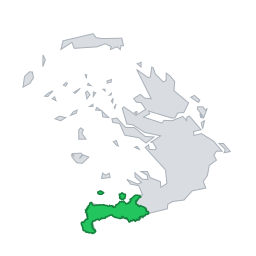 Anatolikis Makedonias kai Thr*, Anatoliki Makedonia kai Thraki, Greece shown in context, rotated 171°
{"feature_id": "26713481B84884565940454", "entity_name": "Anatolikis Makedonias kai Thr*", "entity_type": "district", "adm_level": 2, "iso_a3": "GRC", "parent_name": "Greece", "parent_adm1": "Anatoliki Makedonia kai Thraki", "projection": "mercator", "projection_center": [25.319, 41.071], "detail": "fine", "context": "in_parent", "style": "filled", "palette": "green", "viewbox_px": 256, "rotation_deg": 171, "n_neighbors": 0, "source": "geoboundaries", "source_scale": "gbopen_adm2", "svg_char_len": 9090}
<svg xmlns="http://www.w3.org/2000/svg" viewBox="0 0 256 256"><g transform="rotate(171 128 128)"><path d="M176.7,30.7L187.9,33.9L188.9,39.9L182.2,44.8L182.8,52.1L177.2,59.5L154.4,52.2L147.4,56.3L140.2,53.6L131.2,60.3L124.0,59.6L126.4,69.4L134.2,72.1L137.2,77.4L127.4,71.2L123.2,72.0L128.6,78.4L128.2,82.8L121.8,75.2L116.4,74.0L116.5,78.4L122.0,83.0L115.7,82.1L113.8,75.4L104.4,70.0L104.9,64.3L98.3,67.1L97.5,80.7L114.1,106.1L110.2,108.2L110.4,103.7L104.9,102.2L103.1,103.6L104.1,106.2L105.9,110.3L108.2,110.1L96.9,115.1L112.4,121.1L122.2,130.0L128.6,132.3L130.6,148.5L128.7,149.5L118.1,139.2L107.5,143.7L111.2,151.1L115.7,152.2L117.8,156.2L110.4,159.3L107.0,155.0L100.5,153.3L110.3,184.4L100.3,174.6L97.8,175.0L95.1,184.4L93.7,183.6L92.6,177.2L85.9,167.9L83.0,169.0L81.6,176.2L78.1,172.6L74.6,166.5L76.8,157.7L64.2,143.3L70.5,134.5L76.3,135.1L80.1,130.7L83.0,130.9L104.9,141.4L104.3,138.7L110.9,136.3L93.6,127.5L91.3,129.9L83.2,128.3L72.1,130.9L68.9,126.1L68.2,129.4L65.5,130.2L56.1,114.9L63.9,114.2L64.0,110.3L56.4,111.0L45.5,101.6L38.7,90.4L44.3,91.3L47.4,87.7L45.7,82.4L53.6,78.3L57.0,68.6L62.1,63.3L60.5,56.5L74.4,55.9L83.9,48.1L95.2,48.4L100.5,46.6L101.8,42.0L121.1,40.4L130.7,36.1L141.1,35.3L146.9,41.3L157.7,44.7L173.0,42.6L177.8,40.4L176.7,30.7ZM126.0,209.9L133.1,208.3L131.9,211.1L137.4,214.8L145.7,213.0L168.6,215.1L170.0,221.4L182.0,216.1L178.5,224.3L147.5,226.6L145.5,222.3L139.9,220.4L120.1,217.7L119.6,210.0L122.0,210.5L123.4,206.6L126.0,209.9ZM112.6,110.3L118.6,116.6L132.3,121.4L135.6,133.8L142.2,135.9L142.5,139.6L137.5,139.6L130.3,128.9L121.5,127.4L112.4,117.0L103.8,115.0L112.6,110.3ZM184.0,101.6L187.8,108.0L188.0,110.3L185.8,109.0L187.1,111.4L178.4,110.5L177.2,108.8L180.9,105.4L176.4,108.4L171.2,105.4L178.5,100.3L184.0,101.6ZM216.5,198.9L213.6,198.2L213.6,192.2L218.1,187.3L225.3,184.8L222.1,195.1L216.5,198.9ZM176.9,133.9L174.7,135.5L172.3,133.2L174.5,130.0L171.2,123.6L178.4,124.6L176.9,133.9ZM51.5,126.5L56.6,136.1L55.9,138.1L50.6,137.1L48.9,133.4L46.7,135.0L51.5,126.5ZM40.5,98.5L36.1,97.7L30.7,88.7L37.0,88.5L35.2,91.6L40.5,98.5ZM162.0,82.3L160.1,87.5L157.7,85.0L153.5,86.2L153.4,81.8L162.0,82.3ZM193.4,145.6L198.6,148.5L193.9,150.4L187.9,148.1L193.4,145.6ZM146.9,63.5L144.0,64.6L141.1,61.4L145.7,58.4L146.9,63.5ZM54.4,142.2L61.2,148.6L57.2,149.8L52.7,144.3L54.4,142.2ZM164.4,169.7L162.4,170.8L160.3,166.8L164.0,163.2L164.4,169.7ZM151.1,142.9L151.2,149.0L145.3,141.3L151.1,142.9ZM202.5,202.0L200.5,213.5L199.0,208.2L202.5,202.0ZM54.9,121.7L51.3,123.3L54.4,115.7L54.9,121.7ZM108.9,190.0L104.7,190.8L105.6,186.2L108.9,190.0ZM196.3,176.5L202.3,171.6L205.4,172.5L200.8,175.1L196.3,176.5ZM175.4,153.7L176.7,150.7L182.7,149.5L179.4,152.6L175.4,153.7ZM157.4,164.5L156.6,169.0L154.4,167.8L157.4,164.5ZM157.2,150.8L155.6,153.2L152.0,149.5L157.2,150.8ZM144.7,116.8L141.6,117.4L140.4,111.8L142.2,112.9L144.7,116.8ZM167.6,69.2L165.0,69.9L162.2,67.5L164.9,66.5L167.6,69.2ZM141.5,175.5L141.4,177.7L136.8,178.5L137.5,176.0L141.5,175.5ZM176.2,171.5L168.9,174.7L174.7,170.5L176.2,171.5ZM138.5,150.3L135.9,153.7L138.0,149.3L138.5,150.3ZM162.6,155.3L159.0,157.0L159.1,154.8L162.6,155.3ZM185.2,180.5L182.2,182.6L180.8,181.6L183.1,179.0L185.2,180.5ZM198.3,168.7L195.6,170.3L194.9,166.3L198.3,168.7ZM140.3,157.1L138.0,159.8L139.2,155.2L140.3,157.1ZM54.6,127.2L54.8,131.0L52.8,126.3L54.6,127.2ZM161.3,176.8L160.3,178.4L157.9,175.6L161.3,176.8ZM124.4,107.9L121.8,108.4L120.2,105.1L124.4,107.9ZM119.2,142.3L117.3,143.0L116.2,142.2L117.7,140.4L119.2,142.3ZM141.4,163.3L139.0,165.0L139.4,163.4L141.4,163.3ZM161.3,183.6L161.9,187.4L160.5,186.9L161.3,183.6ZM146.7,170.2L144.7,169.9L144.8,168.1L146.7,170.2Z" fill="#d9dde1" stroke="#a8b0b8" stroke-width="1"/><path d="M126.4,58.6L127.4,59.3L128.9,60.0L130.5,60.4L131.3,60.4L132.7,59.8L133.8,58.9L135.8,57.7L137.0,57.3L136.9,57.1L136.5,57.3L136.3,57.1L136.4,56.6L136.6,56.5L136.9,56.6L137.0,56.3L136.9,56.2L136.5,56.0L136.6,55.7L136.9,55.5L137.2,55.0L138.0,54.7L138.3,54.0L138.7,54.0L138.8,54.1L139.1,53.7L139.9,53.7L140.1,53.5L140.9,53.3L141.9,53.4L142.2,54.2L142.6,54.8L143.2,55.4L143.6,56.3L144.5,55.8L145.2,56.0L145.3,56.3L145.0,56.3L145.6,56.5L146.7,56.2L147.5,56.6L148.1,55.9L149.3,54.7L150.7,54.1L151.3,54.0L151.8,54.1L152.0,53.3L152.1,53.1L153.4,52.0L154.2,51.8L155.0,52.0L155.2,52.7L154.9,53.1L155.0,53.3L155.8,53.5L156.0,53.8L156.9,53.8L157.7,53.9L158.1,54.3L158.2,54.0L158.5,54.0L158.8,53.7L159.7,53.8L160.2,53.9L160.7,54.7L162.4,55.1L163.6,55.6L163.6,55.8L164.6,56.2L165.4,55.9L168.1,56.6L170.5,56.5L172.0,56.8L172.7,56.6L173.7,56.8L174.2,57.1L174.7,57.6L174.9,58.2L175.3,58.2L175.6,59.0L175.5,59.4L175.5,59.6L175.4,59.9L175.5,60.1L176.5,60.2L177.6,59.7L177.7,59.4L177.6,58.8L178.2,57.8L179.3,57.3L179.4,57.1L179.7,56.9L179.6,56.6L179.4,56.6L179.4,56.1L179.8,56.0L179.8,55.3L179.9,55.5L180.0,55.8L180.0,55.5L180.4,55.6L180.5,54.9L180.7,54.6L180.7,54.9L181.0,55.2L181.3,55.2L181.5,54.9L181.2,54.3L181.2,54.1L181.7,54.1L182.2,53.7L182.9,53.6L182.8,53.3L182.1,52.5L182.2,52.3L182.7,52.1L183.1,51.4L182.2,50.7L182.2,50.4L181.8,49.8L181.8,49.5L182.3,49.1L182.3,48.8L182.2,48.7L181.6,48.7L181.7,48.4L182.0,48.2L182.3,47.6L181.7,46.9L181.8,46.6L182.1,46.3L182.0,45.8L182.2,45.1L181.9,44.9L182.0,44.6L182.3,44.2L183.2,44.5L183.9,44.3L184.8,43.5L185.3,43.4L185.3,42.9L185.8,42.7L186.0,42.5L186.1,42.1L186.5,42.0L186.7,41.7L187.3,41.9L187.8,42.3L188.2,42.3L189.0,41.6L189.1,40.4L189.0,39.5L188.6,39.2L188.6,38.1L188.4,37.6L188.4,36.9L188.2,36.0L188.4,35.5L188.1,35.1L188.3,34.5L188.2,34.2L188.3,33.9L188.1,33.6L187.6,33.6L186.7,33.2L185.8,32.3L186.0,32.0L185.8,31.7L185.4,31.8L184.8,31.3L184.4,31.4L183.6,31.2L183.4,31.1L183.1,30.6L182.2,30.4L181.8,30.6L181.2,30.5L180.4,30.2L180.0,29.6L179.6,29.9L179.1,29.8L178.7,29.6L178.7,29.4L177.5,29.9L177.2,30.5L176.6,30.4L176.3,30.7L176.1,31.1L176.3,31.6L176.2,32.0L176.5,32.6L176.8,32.6L176.9,33.1L177.4,33.1L177.9,32.9L177.9,33.5L178.2,33.7L178.1,35.3L178.7,35.3L178.8,35.7L178.9,36.4L178.6,36.8L178.6,37.2L178.3,37.3L178.2,37.5L178.3,37.8L178.7,38.1L179.2,38.7L178.7,38.9L178.3,39.3L178.4,39.7L178.3,40.1L178.1,40.7L177.8,40.7L177.8,41.0L177.7,41.3L177.0,41.3L176.8,41.4L176.8,41.6L176.7,41.6L175.5,41.5L175.0,41.6L174.7,42.2L174.1,42.4L173.4,42.3L172.5,42.8L172.2,42.8L171.8,42.6L171.8,42.1L171.4,42.1L171.2,41.8L170.7,41.5L170.6,41.8L170.0,42.0L169.7,42.3L169.3,42.2L169.0,42.4L168.3,42.5L168.3,43.2L168.2,43.2L166.9,42.5L166.0,42.8L164.7,42.4L164.4,42.8L164.1,43.6L163.8,43.5L163.4,43.4L162.8,43.4L161.9,43.7L161.8,44.0L160.8,44.3L160.4,44.2L159.6,44.7L158.8,44.6L158.4,44.9L158.0,44.6L157.3,44.6L157.4,44.3L157.0,43.5L156.2,43.0L156.1,42.7L155.0,42.2L154.9,42.0L154.9,41.7L154.6,41.7L154.3,41.9L153.8,41.7L153.3,41.1L151.5,40.7L151.0,40.3L150.7,40.3L150.1,39.7L149.7,39.8L149.3,40.2L149.1,40.2L148.7,40.0L148.0,39.9L148.0,40.3L147.9,41.3L147.8,41.5L147.6,41.6L147.3,41.2L146.8,41.0L146.3,40.4L145.9,39.5L145.5,39.3L145.1,39.4L144.8,39.2L144.3,39.5L144.2,39.4L144.4,39.0L144.1,38.9L143.3,39.2L142.9,38.7L143.0,38.3L142.9,37.9L142.4,37.6L142.1,36.9L142.2,36.5L141.8,35.7L141.9,35.4L141.3,34.9L140.9,35.1L140.3,35.2L139.9,35.6L139.9,36.1L139.6,36.3L139.3,36.1L138.8,36.0L138.6,35.8L138.4,35.7L138.1,35.9L137.6,36.4L137.1,36.1L136.3,36.6L136.1,36.2L136.2,35.8L135.9,35.4L135.5,35.1L135.6,34.9L135.3,34.7L134.5,35.5L134.1,35.4L134.1,35.6L133.8,36.0L133.8,36.3L133.5,36.5L133.3,36.4L133.0,35.8L132.4,35.9L132.3,35.7L131.9,35.7L131.7,35.4L131.2,35.6L131.1,36.0L130.7,36.2L130.9,36.9L130.8,37.4L131.0,37.9L130.4,38.4L129.9,38.3L129.8,37.9L129.6,38.2L128.7,38.8L128.1,38.4L128.1,38.1L127.4,37.5L127.3,38.2L126.9,38.4L126.7,38.3L126.4,38.5L126.1,38.4L125.6,38.8L124.9,38.8L124.6,39.4L124.1,40.0L123.8,39.8L122.5,39.8L122.0,39.6L121.4,40.1L121.4,40.5L121.1,40.7L120.9,40.7L120.9,41.0L120.8,41.3L121.0,41.6L121.1,42.3L121.5,42.5L122.7,42.6L123.0,42.9L123.1,43.3L122.7,43.6L122.5,44.4L122.8,44.8L122.7,45.2L122.9,45.5L123.2,45.5L123.1,45.8L123.1,46.2L123.4,46.3L123.7,46.2L124.1,46.7L124.3,47.1L124.7,47.3L124.9,47.7L125.2,47.7L125.8,48.1L126.2,48.1L127.0,48.8L127.4,48.8L127.6,49.1L127.7,49.4L128.3,49.4L128.7,48.8L129.2,48.6L129.4,49.0L129.6,49.0L130.0,49.4L130.3,49.7L130.1,49.9L130.2,50.5L130.5,50.5L130.5,50.8L130.8,51.0L131.2,51.1L131.5,51.5L132.1,51.8L132.0,52.2L131.7,52.7L132.0,53.3L131.4,53.9L131.7,54.4L131.6,54.6L131.4,54.6L131.1,54.3L130.7,54.5L130.9,55.1L130.3,55.1L130.0,55.3L130.0,55.5L129.2,56.1L129.1,56.5L128.8,56.6L128.5,57.1L128.2,57.2L127.9,57.4L126.9,57.5L126.8,57.8L126.2,58.0L126.5,58.5L126.4,58.6ZM144.5,58.5L144.1,58.0L143.0,58.7L142.6,59.2L142.1,59.1L142.0,59.8L141.5,60.6L141.3,61.1L141.3,61.4L141.0,62.1L141.0,62.7L141.3,62.9L141.4,63.2L142.4,63.2L142.8,63.4L143.1,63.7L143.4,64.4L143.9,64.5L144.0,64.8L144.4,64.8L145.2,64.1L146.2,63.9L146.5,63.5L146.9,63.8L147.0,63.4L146.7,61.8L147.1,61.4L147.0,60.9L146.6,60.8L146.6,60.4L146.7,60.0L147.1,60.1L147.2,59.9L146.9,59.6L146.5,59.6L146.1,59.3L145.9,59.0L145.9,58.7L145.7,58.5L145.1,58.7L144.5,58.5ZM164.9,66.7L164.0,66.8L163.4,67.1L162.7,67.7L162.3,67.9L162.5,68.2L163.6,69.2L164.3,69.5L164.8,70.1L165.7,70.1L167.9,69.3L167.8,68.9L167.9,68.0L167.0,67.2L164.9,66.7Z" fill="#22c55e" stroke="#15803d" stroke-width="1.5"/></g></svg>